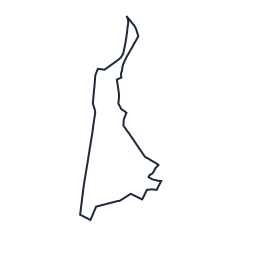 outline of Al Salam, Al Qahirah, Egypt, rotated 117°
{"feature_id": "37247803B59541002076203", "entity_name": "Al Salam", "entity_type": "district", "adm_level": 2, "iso_a3": "EGY", "parent_name": "Egypt", "parent_adm1": "Al Qahirah", "projection": "mercator", "projection_center": [31.361, 30.163], "detail": "fine", "context": "isolated", "style": "outline", "palette": "slate", "viewbox_px": 256, "rotation_deg": 117, "n_neighbors": 0, "source": "geoboundaries", "source_scale": "gbopen_adm2", "svg_char_len": 5302}
<svg xmlns="http://www.w3.org/2000/svg" viewBox="0 0 256 256"><g transform="rotate(117 128 128)"><path d="M89.0,181.7L90.1,181.6L91.3,181.5L92.0,181.4L93.8,181.3L94.6,181.2L95.2,181.1L95.9,181.0L96.7,180.7L98.7,179.9L99.5,179.5L100.5,179.1L101.2,178.9L101.6,178.7L102.2,178.4L105.7,177.0L107.7,176.2L110.3,175.2L113.5,173.9L114.8,173.4L116.7,172.6L116.9,172.5L117.9,172.2L118.3,172.0L118.8,171.8L120.2,171.3L120.7,171.1L121.0,170.9L121.4,170.7L121.6,170.6L121.9,170.4L122.2,170.2L122.4,170.0L123.0,169.6L123.5,169.1L124.0,168.7L124.4,168.2L125.1,167.5L127.0,165.8L127.7,165.2L128.0,164.9L128.3,164.7L128.7,164.5L129.2,164.2L130.2,163.8L131.8,163.3L133.6,162.7L135.9,162.0L137.0,161.6L139.3,160.8L140.4,160.5L141.4,160.1L142.2,159.8L142.8,159.5L143.3,159.3L143.8,159.2L144.4,159.0L146.8,158.2L148.5,157.6L149.4,157.3L150.3,157.0L153.7,155.9L155.1,155.4L156.0,155.2L157.3,154.8L158.8,154.3L159.6,154.0L160.6,153.7L161.8,153.3L163.0,153.0L164.1,152.6L165.2,152.2L167.0,151.6L169.6,150.8L171.9,150.1L174.4,149.2L176.8,148.5L178.1,148.0L179.5,147.6L180.2,147.4L180.9,147.2L181.5,147.0L182.7,146.6L184.0,146.2L184.3,146.1L185.5,145.7L188.1,144.9L189.0,144.6L190.4,144.2L191.5,143.8L192.4,143.5L193.4,143.2L194.2,143.0L195.8,142.4L197.3,142.0L198.6,141.5L199.6,141.2L200.5,140.9L227.0,131.3L227.0,119.7L212.5,120.7L197.9,104.2L196.8,102.4L189.7,98.2L185.4,95.7L185.2,83.0L183.9,82.9L183.0,83.0L181.8,82.9L181.2,83.0L180.3,83.0L179.4,83.0L178.5,83.0L176.6,83.0L175.3,83.1L175.0,83.1L174.6,83.1L174.2,82.6L174.0,82.2L173.6,81.6L173.0,80.7L172.7,80.3L172.4,79.8L172.2,79.5L171.9,79.2L171.7,78.7L171.5,78.1L171.3,77.5L171.1,77.0L170.4,75.2L170.3,74.8L170.0,74.3L168.7,74.3L167.7,74.4L167.3,74.4L166.4,74.4L164.2,74.4L163.7,74.4L163.2,74.3L162.3,74.3L161.5,74.5L160.9,74.5L160.2,74.4L160.3,74.8L160.6,75.4L161.0,75.9L161.1,76.3L161.3,76.9L161.4,77.3L161.4,77.7L161.6,78.3L161.7,78.8L162.0,80.1L162.2,80.9L162.3,81.3L162.5,82.1L162.6,83.0L162.6,83.8L162.6,84.6L162.5,86.5L162.4,87.4L161.9,87.3L161.5,87.4L161.1,87.4L160.7,87.5L160.2,87.4L159.7,87.3L159.4,87.1L159.2,86.6L158.7,86.3L158.1,86.0L157.7,85.8L157.1,85.7L156.2,85.4L155.7,85.4L155.2,85.3L154.5,85.3L153.8,85.3L153.4,85.3L152.9,85.3L152.3,85.4L151.9,85.3L151.5,85.3L151.2,85.2L150.7,85.1L149.3,84.7L148.0,84.4L147.1,84.1L146.9,84.8L146.8,85.8L146.7,86.7L146.7,87.3L146.6,87.8L146.6,88.3L146.6,88.7L146.5,90.0L146.5,90.5L146.4,92.0L146.3,93.4L146.3,93.9L146.2,94.4L146.2,94.8L146.1,95.2L146.1,95.7L146.0,97.4L146.0,97.9L146.1,98.3L146.0,99.3L145.8,100.0L145.6,100.6L144.8,101.9L144.3,102.9L142.7,105.7L141.0,109.0L140.4,110.0L140.1,110.4L139.7,111.3L138.7,113.1L138.4,113.6L137.0,116.1L136.5,117.0L135.7,118.5L134.7,120.3L134.0,121.8L133.4,122.8L132.7,124.0L132.2,124.8L131.6,126.2L127.9,133.2L122.5,135.6L115.1,136.3L114.5,139.7L114.3,142.3L110.6,147.7L103.9,150.3L100.9,152.1L89.9,159.9L88.7,159.0L86.1,156.8L85.9,156.9L85.8,157.1L85.5,157.2L85.4,157.3L85.1,157.6L84.8,157.8L84.5,158.0L84.4,158.1L84.2,158.1L83.5,158.4L82.8,158.8L82.6,158.9L82.3,159.0L82.2,159.0L81.7,159.1L81.3,159.2L81.1,159.2L80.7,159.2L80.7,159.3L80.3,159.3L79.9,159.4L79.5,159.4L79.1,159.5L78.8,159.6L78.7,159.7L78.4,159.8L77.7,160.0L77.2,160.3L76.7,160.5L76.4,160.6L76.2,160.7L76.0,160.8L75.8,160.8L75.5,160.8L74.9,160.9L74.1,161.0L73.8,161.1L73.7,161.1L73.3,161.2L73.3,161.3L73.2,161.3L72.9,161.3L72.7,161.3L72.3,161.3L71.6,161.4L71.2,161.4L70.6,161.4L70.4,161.4L70.1,161.4L69.3,161.5L69.0,161.5L68.9,161.5L68.4,161.4L68.0,161.4L67.6,161.5L67.4,161.5L66.6,161.5L66.0,161.5L65.4,161.5L64.8,161.5L64.5,161.5L64.4,161.5L64.1,161.4L63.9,161.4L63.6,161.4L62.9,161.4L62.5,161.4L62.4,161.4L62.2,161.3L57.3,161.1L56.8,161.1L55.9,161.0L55.4,161.0L54.6,161.0L53.9,160.9L53.0,160.9L52.1,160.9L51.6,160.9L51.1,160.9L50.9,160.9L50.7,160.9L50.3,160.8L50.1,160.8L49.9,160.8L49.5,160.8L49.4,160.8L49.2,160.8L48.8,160.8L48.5,160.7L48.1,160.7L47.8,160.7L47.3,160.7L46.9,160.6L46.4,160.6L46.0,160.6L45.7,160.6L45.4,160.6L45.2,160.6L44.8,160.6L44.6,160.6L43.0,160.5L42.8,160.5L42.4,160.5L42.0,160.5L41.6,160.5L41.3,160.7L40.8,161.2L40.3,161.6L39.8,162.2L39.3,162.6L38.6,163.3L37.8,164.1L37.6,164.2L37.5,164.3L37.3,164.5L37.2,164.6L37.1,164.8L36.6,165.4L36.4,165.5L36.2,165.8L35.3,166.8L35.2,167.0L35.0,167.3L34.6,167.8L34.1,168.6L34.0,168.9L33.9,169.0L33.7,169.3L33.5,169.8L33.4,170.0L33.3,170.5L33.2,170.8L32.8,171.6L32.7,171.8L32.4,172.5L31.9,173.6L31.4,174.6L31.1,175.2L31.0,175.3L30.9,175.8L30.7,176.2L30.6,176.5L30.4,176.9L30.3,177.3L29.7,178.6L29.3,179.3L29.0,180.1L29.2,179.9L29.4,179.6L29.5,179.4L29.7,179.2L30.2,178.6L30.6,178.1L30.8,177.8L31.2,177.5L31.5,177.2L32.0,176.8L32.3,176.6L32.9,176.2L33.0,176.1L33.5,175.9L34.9,175.3L35.3,175.1L35.6,175.0L35.9,174.9L36.5,174.7L36.8,174.6L37.1,174.5L37.7,174.4L37.9,174.3L38.3,174.2L38.7,174.0L39.1,173.9L40.6,173.3L41.6,172.9L42.4,172.7L43.0,172.4L43.8,172.1L45.5,171.5L46.1,171.3L46.5,171.2L46.9,171.0L47.5,170.8L48.4,170.5L51.1,169.7L51.8,169.4L52.8,169.0L54.0,168.7L55.4,168.4L56.5,168.0L58.0,167.6L58.8,167.4L59.6,167.2L60.7,166.9L61.7,166.6L62.6,166.4L63.6,166.2L64.8,166.1L65.6,166.1L66.6,166.2L67.1,166.2L68.7,166.5L70.4,167.0L74.3,169.0L76.5,170.1L77.5,170.6L78.8,171.3L80.0,171.9L81.4,172.6L82.6,173.2L83.8,173.9L85.0,174.5L86.1,175.1L86.7,175.4L87.8,178.5L88.2,179.6L89.0,181.7Z" fill="none" stroke="#1e293b" stroke-width="2"/></g></svg>